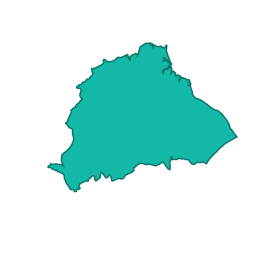 Mitsinjo, Boeny, Madagascar, rotated 59°
{"feature_id": "10022922B34339999190032", "entity_name": "Mitsinjo", "entity_type": "district", "adm_level": 2, "iso_a3": "MDG", "parent_name": "Madagascar", "parent_adm1": "Boeny", "projection": "albers", "projection_center": [45.923, -16.15], "detail": "fine", "context": "isolated", "style": "filled", "palette": "teal", "viewbox_px": 256, "rotation_deg": 59, "n_neighbors": 0, "source": "geoboundaries", "source_scale": "gbopen_adm2", "svg_char_len": 5711}
<svg xmlns="http://www.w3.org/2000/svg" viewBox="0 0 256 256"><g transform="rotate(59 128 128)"><path d="M120.4,216.7L120.9,216.5L121.3,215.6L122.5,214.6L124.3,214.0L124.7,213.6L125.5,212.6L127.1,212.1L127.2,211.9L127.3,211.0L128.8,210.9L129.2,210.8L129.9,209.8L130.7,209.4L131.5,208.7L133.3,207.8L134.2,207.0L135.1,207.0L136.4,207.4L137.9,208.3L139.9,208.6L144.3,209.5L145.7,208.6L146.3,208.8L146.9,209.1L148.6,208.9L149.0,208.6L149.9,209.0L150.5,209.1L151.1,208.9L151.4,208.6L152.5,206.7L153.6,206.6L154.1,206.7L155.2,206.3L155.4,206.0L155.6,205.2L155.5,204.6L154.7,204.1L154.5,203.6L154.6,202.4L155.2,201.3L155.2,200.9L155.1,200.5L154.9,200.2L154.4,199.9L153.5,200.4L152.8,200.2L152.0,199.6L151.2,197.9L151.0,197.2L150.9,196.9L151.3,195.6L151.5,193.8L151.5,191.4L152.9,190.0L153.0,189.6L152.7,189.1L152.1,188.9L151.7,188.5L151.5,185.8L150.8,184.2L150.7,183.4L150.7,183.0L151.1,182.4L152.1,181.7L152.9,181.5L153.5,181.8L154.7,183.0L155.2,183.2L156.5,183.0L156.9,182.1L156.5,180.2L156.4,179.0L156.2,177.6L155.6,176.7L153.7,175.6L153.0,175.0L152.8,174.7L152.8,174.1L153.3,173.4L154.6,173.0L157.8,172.7L158.6,172.8L159.1,172.6L159.5,172.4L159.7,171.9L159.9,171.1L159.4,170.1L158.5,168.7L158.8,168.2L159.1,167.9L159.5,167.8L161.3,167.9L163.3,168.4L164.0,168.8L164.6,169.0L165.1,168.9L165.4,168.5L165.7,167.4L166.2,162.5L166.4,162.1L168.2,159.9L168.8,158.9L168.8,158.2L167.6,155.3L167.1,153.6L167.9,147.8L167.7,146.1L167.8,145.5L167.1,144.5L165.9,144.4L165.3,144.1L165.2,142.4L164.8,140.9L164.5,138.5L164.6,136.7L164.8,134.8L165.5,134.3L165.9,133.8L167.0,132.8L167.5,132.5L168.5,131.5L169.2,130.5L169.2,129.9L169.8,128.8L171.1,127.1L174.6,123.8L174.9,123.0L175.1,120.3L175.1,115.4L182.9,114.8L184.4,114.2L185.3,113.5L182.8,111.8L178.8,109.8L177.9,108.7L177.5,107.9L177.0,107.4L175.3,106.3L175.1,105.9L175.1,105.4L175.3,105.2L175.8,105.3L177.1,106.3L177.8,106.5L178.0,106.4L178.0,105.5L178.1,105.2L179.5,103.4L180.1,102.3L180.1,100.4L180.4,99.7L180.9,99.0L182.1,98.1L183.0,96.4L184.2,95.2L185.8,93.4L186.6,92.3L189.8,92.2L191.6,91.8L192.5,91.2L193.0,90.5L193.2,89.5L193.1,87.5L193.1,86.6L193.4,85.7L194.2,84.9L195.0,83.5L195.2,82.7L196.0,81.1L196.7,80.4L197.8,80.0L199.0,79.3L197.4,76.2L196.5,74.0L195.2,70.2L193.8,63.7L193.2,62.1L192.5,59.3L192.1,56.3L191.8,55.3L191.4,52.8L191.4,48.0L191.7,39.3L180.6,40.4L179.7,40.3L177.0,39.5L173.2,39.4L171.2,39.5L164.1,40.3L160.1,41.8L158.9,42.5L157.1,44.2L154.8,45.7L145.5,49.3L141.0,51.5L136.7,55.1L131.5,55.4L131.2,54.8L130.8,54.4L128.1,54.0L123.7,52.8L123.2,54.0L122.7,54.6L122.4,54.7L123.0,52.7L123.0,52.1L122.6,51.5L122.3,51.3L121.3,51.4L120.3,52.7L120.0,51.5L119.5,50.8L119.0,50.6L118.2,50.7L116.8,53.1L115.7,53.0L115.3,53.2L114.4,54.3L112.5,55.8L112.4,56.4L112.6,57.8L113.0,58.7L114.4,60.0L114.5,60.2L114.3,60.3L113.7,60.2L112.8,59.5L112.4,58.8L111.7,57.3L111.3,56.6L111.0,56.4L110.7,56.4L108.3,57.9L107.9,58.4L107.8,58.7L107.9,59.0L108.6,60.0L108.5,60.3L107.4,60.1L105.0,59.1L103.3,59.6L102.4,60.2L102.2,60.5L102.7,61.2L102.7,61.5L103.6,62.6L103.8,63.2L103.8,63.5L103.6,63.5L101.2,61.0L100.8,61.1L100.1,60.2L99.0,59.7L97.6,59.5L96.8,59.5L97.5,60.9L97.9,62.1L98.1,63.0L98.0,63.9L97.1,65.9L97.0,67.1L97.2,67.6L97.6,68.1L99.3,69.5L98.9,70.0L97.3,68.8L96.5,67.8L97.0,63.2L96.8,62.5L96.0,61.3L95.4,60.1L94.7,59.5L93.7,59.1L93.0,59.1L91.9,59.5L90.4,60.5L90.1,60.3L89.9,60.4L88.6,61.2L88.6,61.5L89.0,62.8L88.9,63.3L88.0,61.8L88.2,60.7L86.9,61.1L86.0,61.2L86.3,60.7L87.1,60.8L87.5,60.7L89.3,59.8L92.8,58.4L94.3,58.6L95.9,59.0L96.1,59.0L96.1,58.8L95.7,57.7L95.2,57.5L94.4,57.8L94.0,57.8L90.4,57.2L88.3,56.7L85.7,56.4L81.1,55.2L79.4,53.8L77.7,52.6L77.1,52.3L76.9,52.4L76.8,52.6L77.9,54.8L77.8,55.7L77.5,56.3L76.3,57.1L74.9,57.6L74.6,57.9L74.2,59.6L73.3,61.1L72.6,61.4L71.7,62.1L67.7,64.4L66.4,65.5L66.5,65.6L67.3,65.2L70.2,63.8L70.6,63.8L71.4,64.3L72.1,65.0L70.6,64.9L70.7,64.6L70.4,64.5L68.7,65.6L67.1,65.8L65.7,67.3L64.8,68.7L64.6,69.2L64.6,72.3L64.5,73.1L64.6,73.6L64.6,75.0L64.9,75.8L66.3,77.6L67.3,78.5L68.5,79.9L70.1,81.1L70.7,82.4L70.8,82.7L69.8,81.9L68.0,83.0L68.1,84.5L67.7,85.7L67.5,87.0L67.6,87.7L68.2,90.1L68.4,90.4L68.8,90.6L69.9,90.3L70.8,91.1L69.7,91.6L66.0,90.9L65.1,90.5L64.8,90.7L64.6,91.5L65.6,92.7L64.5,92.7L64.3,93.6L64.4,94.8L64.2,96.6L63.8,98.0L62.1,100.8L62.6,102.3L62.9,104.4L63.0,105.6L62.6,107.4L61.9,109.5L61.1,110.6L60.6,111.2L59.5,111.9L57.4,112.5L57.1,112.9L57.0,113.4L57.1,114.2L57.4,114.6L58.5,114.7L59.6,115.2L59.9,115.8L59.8,116.3L60.4,117.1L60.3,117.4L60.0,118.0L60.5,119.6L60.0,120.5L60.0,121.1L59.8,122.5L59.9,124.7L59.5,125.9L59.5,126.7L58.3,128.4L59.7,129.2L61.5,129.8L62.7,129.8L63.4,130.2L64.0,131.0L64.6,131.9L64.6,132.8L64.8,134.2L65.3,135.1L65.9,135.7L66.0,136.0L65.7,136.7L65.2,137.3L65.1,138.0L65.5,139.6L66.2,141.0L66.2,142.0L65.6,142.5L65.4,143.3L65.5,144.0L66.3,144.3L66.5,145.2L66.5,146.4L66.0,147.4L65.8,148.0L66.3,150.0L66.3,150.7L67.0,151.2L67.5,151.2L69.3,148.8L69.6,148.6L70.3,148.5L71.3,148.7L72.1,149.3L72.8,150.0L73.7,151.1L74.9,152.2L75.4,152.5L76.3,152.7L78.2,152.8L79.9,152.4L79.9,154.8L81.3,156.5L81.1,157.4L81.2,158.3L81.8,160.8L82.9,162.4L82.8,163.7L82.9,165.3L83.3,165.9L83.2,167.5L84.4,167.8L85.4,168.6L88.8,173.7L89.7,174.8L91.6,176.8L91.6,177.6L91.4,178.3L91.6,178.9L97.6,178.1L98.5,177.5L99.3,176.7L100.5,176.1L101.4,176.8L104.5,178.5L106.7,179.3L107.6,179.4L108.8,179.9L109.9,180.6L111.5,182.1L113.1,184.5L114.3,186.6L115.0,188.3L115.1,189.2L115.5,190.1L116.2,193.2L116.4,195.6L116.9,197.9L117.2,198.7L118.6,199.6L121.0,201.4L122.1,202.1L124.2,202.4L125.4,202.7L127.3,202.8L125.0,204.3L123.5,206.2L121.7,208.2L120.7,210.3L120.6,211.4L120.3,211.9L118.9,212.5L119.3,212.9L119.3,213.3L119.6,213.9L119.5,214.9L119.7,215.7L119.9,216.3L120.4,216.7Z" fill="#14b8a6" stroke="#0f766e" stroke-width="1.5"/></g></svg>